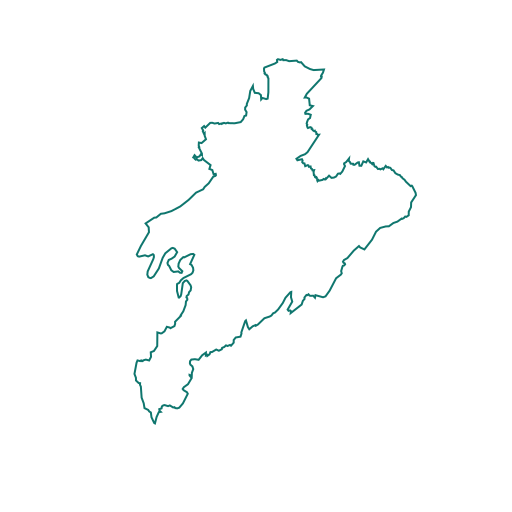 Skedsmo nor, Akershus, Norway (Robinson projection), rotated 120°
{"feature_id": "86288312B89021281635202", "entity_name": "Skedsmo nor", "entity_type": "district", "adm_level": 2, "iso_a3": "NOR", "parent_name": "Norway", "parent_adm1": "Akershus", "projection": "robinson", "projection_center": [11.011, 59.991], "detail": "fine", "context": "isolated", "style": "outline", "palette": "teal", "viewbox_px": 512, "rotation_deg": 120, "n_neighbors": 0, "source": "geoboundaries", "source_scale": "gbopen_adm2", "svg_char_len": 6127}
<svg xmlns="http://www.w3.org/2000/svg" viewBox="0 0 512 512"><g transform="rotate(120 256 256)"><path d="M283.0,367.9L284.8,363.3L288.9,360.6L304.8,360.7L314.3,360.0L315.3,358.3L315.0,356.9L310.9,352.5L310.3,349.2L306.0,346.2L306.3,345.0L307.9,343.9L310.0,343.4L323.5,342.1L326.5,340.8L328.2,338.6L328.0,336.6L327.6,335.9L324.8,334.4L315.4,333.9L304.2,335.9L299.0,335.9L291.6,333.1L290.6,332.1L290.3,330.1L292.1,326.2L297.2,326.2L300.6,327.8L303.0,329.6L306.3,329.2L307.7,327.8L308.0,326.3L310.7,322.2L311.0,319.3L308.2,315.6L308.5,313.5L307.8,312.0L306.0,312.2L304.9,316.6L304.0,318.0L301.3,319.2L297.3,319.6L293.3,318.4L293.1,317.5L287.1,313.5L285.6,311.4L285.8,310.0L296.0,309.0L296.0,307.3L297.7,304.6L299.7,303.1L302.2,302.6L304.2,303.1L311.3,307.8L314.5,308.9L317.7,309.1L319.6,310.3L320.5,310.0L325.8,306.9L330.6,302.2L330.5,301.8L328.5,301.2L326.6,301.6L316.1,305.8L313.2,305.2L311.9,304.0L311.9,303.0L314.1,298.0L315.5,296.5L318.5,295.4L320.8,295.9L323.1,295.2L325.3,296.0L326.7,295.5L326.9,294.5L328.2,293.6L330.4,293.9L333.7,292.4L340.3,291.3L345.1,291.6L345.3,291.1L353.4,293.2L355.2,292.1L357.5,291.6L361.3,294.0L361.1,294.9L361.9,297.8L367.0,297.6L370.1,299.0L370.7,299.8L371.5,303.2L383.4,296.5L389.3,296.9L392.0,299.0L395.8,296.5L399.9,296.3L400.8,299.6L402.9,301.6L403.7,301.6L404.2,302.4L403.9,303.3L404.9,303.7L405.7,306.4L408.1,306.1L418.9,302.3L421.5,299.1L423.8,297.7L424.7,294.1L424.1,292.8L425.5,292.1L426.7,290.4L435.9,284.2L439.7,279.6L443.5,276.5L443.2,272.4L444.0,270.8L444.1,268.8L447.9,265.9L451.5,260.7L451.5,259.8L445.1,261.6L439.8,262.1L438.6,260.6L438.2,262.2L437.0,263.2L435.2,261.6L433.3,262.3L431.7,261.6L430.8,260.6L430.0,257.1L428.5,255.9L428.6,252.0L427.7,251.0L428.1,249.9L427.3,248.0L425.7,246.6L420.2,245.6L409.4,246.2L408.5,247.7L408.4,251.6L407.8,253.0L405.7,252.9L401.0,250.8L393.8,250.7L392.7,253.8L392.2,254.1L391.9,251.7L389.3,253.1L385.3,253.8L383.4,255.9L382.9,258.5L382.0,259.6L380.1,260.5L378.0,260.2L375.9,257.3L374.6,253.8L368.9,253.0L364.7,251.1L367.2,249.7L366.1,249.0L366.9,248.2L364.4,247.1L362.0,247.4L361.2,246.1L356.9,243.7L356.6,240.8L353.9,239.0L352.5,239.4L350.7,238.0L348.4,237.3L348.2,235.7L346.0,234.0L346.2,232.8L342.2,232.0L339.9,233.3L336.7,232.8L333.6,229.1L330.4,229.8L329.5,230.5L317.8,232.8L316.8,232.5L321.6,227.5L322.8,225.2L318.5,223.7L316.1,221.9L316.5,221.3L314.4,220.1L305.7,217.6L301.6,213.9L299.9,212.9L297.0,212.5L295.5,211.3L291.2,210.1L283.3,209.3L277.4,209.6L270.2,208.1L269.5,207.5L274.2,205.1L277.4,201.8L286.6,201.8L287.2,200.4L286.1,199.3L286.3,198.2L288.1,197.4L275.2,192.2L271.4,193.0L268.9,192.5L267.7,193.3L264.5,192.8L264.2,191.9L262.9,191.4L263.5,189.9L263.3,189.0L261.8,186.6L262.6,184.1L260.2,184.9L258.2,177.3L256.2,175.6L249.2,174.9L235.2,175.5L229.7,173.2L228.1,173.1L226.5,174.7L222.1,175.8L221.1,175.9L220.0,174.9L218.6,174.7L218.0,175.5L218.1,176.7L217.5,177.8L215.5,177.8L212.1,175.8L202.4,174.0L195.9,171.8L196.5,170.1L196.1,165.4L183.9,163.7L174.9,164.2L169.6,162.5L165.4,158.3L163.9,155.8L158.7,153.5L155.5,150.7L150.8,148.6L150.9,148.1L149.4,147.0L147.2,146.5L146.9,145.3L144.4,144.1L141.2,145.9L136.2,146.2L132.0,148.4L123.3,147.9L121.5,149.4L117.4,155.6L117.2,156.3L118.2,157.0L116.7,163.3L115.7,165.5L115.4,168.0L114.7,169.3L114.8,170.3L114.0,171.8L114.6,173.9L114.6,176.7L113.1,179.7L113.6,181.3L112.5,183.7L112.6,184.5L113.2,185.1L112.9,186.1L113.8,186.8L113.1,188.7L117.2,189.1L116.8,190.2L118.8,191.6L118.7,192.6L119.7,193.9L118.6,196.6L119.1,197.2L119.0,198.3L116.7,200.8L116.9,201.3L118.3,201.3L117.8,202.6L118.0,203.7L117.3,204.4L117.6,204.8L116.1,207.4L119.9,207.4L120.4,210.4L125.2,209.9L126.1,211.5L123.4,213.8L124.2,214.7L127.7,216.2L128.3,217.3L127.6,218.0L128.7,220.2L127.7,221.5L127.2,223.3L125.1,224.2L129.6,224.9L131.7,226.0L132.4,225.7L133.6,223.9L139.7,223.5L142.8,224.1L142.8,225.1L143.8,226.2L147.1,226.4L149.1,227.7L150.6,229.7L149.9,232.9L154.3,233.9L154.0,234.4L155.3,234.7L155.5,236.0L156.8,236.4L158.9,238.7L159.4,239.3L159.1,239.8L159.9,240.0L159.4,240.3L159.8,240.8L158.9,241.2L158.5,242.5L157.7,242.6L157.4,243.4L158.1,244.3L156.8,245.8L157.0,246.3L154.4,248.2L152.6,248.6L153.6,249.9L152.7,250.9L152.7,252.2L151.2,253.5L152.3,254.7L151.3,256.0L151.5,256.7L153.6,258.3L151.6,260.3L152.1,261.5L151.6,262.9L150.0,263.4L149.2,264.6L152.4,268.0L151.6,269.6L147.0,267.4L143.3,264.4L140.3,263.3L119.5,262.1L120.2,263.1L119.8,264.1L120.2,264.7L118.6,265.8L118.6,267.2L118.1,267.7L118.8,268.2L118.7,269.8L117.9,270.6L118.2,271.3L117.1,272.1L117.3,273.5L119.2,275.0L119.0,275.6L117.5,277.2L116.7,277.2L116.1,278.3L114.4,278.8L111.7,279.2L109.5,278.2L106.3,279.2L106.8,282.0L108.2,284.3L107.4,285.1L105.0,284.9L102.4,283.0L97.7,281.7L98.6,284.8L93.2,288.7L93.5,291.6L94.4,293.0L90.1,293.1L69.2,288.3L67.8,288.8L68.0,289.5L67.2,289.8L63.7,289.7L60.5,290.4L66.2,299.1L67.1,302.8L67.4,308.6L65.6,313.9L66.4,314.7L66.9,316.7L66.4,318.4L70.7,324.7L71.3,327.9L72.8,330.3L72.2,331.3L73.9,332.8L74.6,335.4L75.7,335.9L77.4,334.6L79.9,335.9L88.6,342.9L89.7,342.8L92.1,341.2L93.0,339.8L93.7,339.8L94.1,338.5L93.7,337.4L94.3,336.8L94.4,335.7L95.5,335.1L95.9,334.1L108.1,327.1L113.9,324.6L115.0,325.6L115.9,329.4L117.8,329.8L114.2,332.2L113.7,335.1L115.3,338.6L112.7,342.0L110.3,343.7L115.9,343.5L122.7,340.9L128.9,340.0L130.2,339.2L132.8,339.6L134.7,338.6L136.1,336.1L139.3,334.8L140.5,336.0L144.0,335.5L147.7,336.2L151.7,340.8L154.6,346.1L154.5,346.9L156.3,348.5L156.7,350.3L158.4,351.5L158.1,351.7L160.2,353.9L159.7,355.3L162.0,358.1L162.5,360.5L163.6,362.2L170.2,364.1L169.4,365.9L172.3,366.9L173.7,364.5L174.5,364.5L176.1,362.3L175.1,362.0L177.6,360.5L179.9,357.7L185.4,359.6L186.3,362.2L188.9,360.9L190.0,359.6L190.5,359.9L194.3,354.1L195.7,353.2L195.6,354.6L198.0,354.8L200.3,356.7L199.4,359.6L202.0,359.6L202.0,358.1L202.5,357.6L202.7,356.3L201.7,355.9L202.1,353.5L200.3,351.3L197.9,351.1L198.9,349.1L200.0,340.8L203.9,339.9L203.4,336.8L206.4,333.6L205.0,332.0L206.0,331.1L206.9,331.2L208.7,332.7L216.7,333.3L221.9,335.0L224.6,335.1L231.1,339.6L241.1,342.4L251.0,346.4L259.4,351.7L264.8,356.6L267.0,359.5L272.5,361.6L273.7,363.3L283.0,367.9Z" fill="none" stroke="#0f766e" stroke-width="2"/></g></svg>